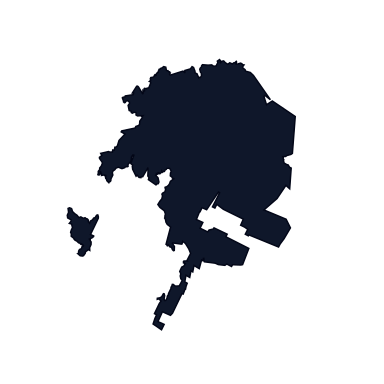 the district of San Juan Guichicovi, Oaxaca, Mexico, rotated 206°
{"feature_id": "50627088B47369730342586", "entity_name": "San Juan Guichicovi", "entity_type": "district", "adm_level": 2, "iso_a3": "MEX", "parent_name": "Mexico", "parent_adm1": "Oaxaca", "projection": "robinson", "projection_center": [-95.052, 17.105], "detail": "fine", "context": "isolated", "style": "filled", "palette": "ink", "viewbox_px": 384, "rotation_deg": 206, "n_neighbors": 0, "source": "geoboundaries", "source_scale": "gbopen_adm2", "svg_char_len": 6104}
<svg xmlns="http://www.w3.org/2000/svg" viewBox="0 0 384 384"><g transform="rotate(206 192 192)"><path d="M162.0,309.3L187.9,323.7L192.0,325.0L196.9,324.1L197.9,325.2L200.7,325.8L201.4,326.7L201.0,329.0L202.3,328.6L203.5,329.2L204.9,329.1L207.8,326.4L208.6,326.3L208.9,328.4L209.5,328.8L210.2,326.9L211.2,326.3L211.8,324.8L214.7,324.7L215.8,322.5L218.7,322.8L221.0,323.7L222.5,322.6L222.9,320.7L223.3,320.7L224.1,322.5L225.3,323.1L226.6,320.7L225.5,319.8L225.6,315.9L227.6,314.5L230.0,314.9L233.1,313.1L238.4,311.0L238.7,309.6L238.3,308.4L238.9,306.9L238.8,305.7L237.0,303.5L235.7,302.9L234.4,300.6L234.7,298.5L235.7,298.3L236.0,297.6L239.4,300.5L241.3,300.3L242.4,302.0L245.2,304.6L246.9,304.7L247.4,302.0L251.7,298.1L251.4,297.1L250.2,296.0L253.1,296.7L262.8,287.5L263.9,288.1L263.7,289.5L264.4,289.6L264.8,290.2L265.8,289.9L266.8,290.5L267.4,290.1L268.5,290.3L270.3,292.7L272.4,292.3L273.4,290.3L274.6,289.1L274.7,288.2L275.4,287.7L275.0,286.5L275.3,285.7L274.8,284.7L275.5,284.0L275.9,282.1L275.5,281.4L276.7,281.2L276.9,280.2L276.4,280.0L277.1,278.3L279.2,276.8L279.1,275.4L278.1,274.4L278.7,272.7L277.7,272.9L276.9,271.9L276.6,268.1L276.6,266.3L277.9,265.7L278.1,264.9L280.2,264.3L280.3,263.8L280.2,263.1L278.9,262.2L279.5,261.0L280.4,261.4L279.1,259.1L279.4,258.7L279.9,258.9L286.2,263.0L287.3,263.3L288.1,262.8L289.0,254.8L287.8,255.3L287.5,253.7L294.1,249.1L294.0,247.9L295.5,247.0L295.9,246.1L293.3,243.6L293.1,243.0L291.9,242.6L291.3,243.1L291.1,244.7L290.3,245.8L287.7,245.5L286.9,243.9L287.4,241.9L284.2,237.7L281.8,237.9L281.4,236.8L280.2,236.7L278.9,238.3L277.3,238.8L276.9,238.7L276.1,236.7L274.4,236.5L269.8,239.0L270.3,237.9L269.5,237.8L269.4,236.4L270.0,232.8L268.8,229.8L269.2,228.3L271.2,226.3L271.2,224.5L281.9,216.2L282.0,215.0L277.6,214.7L280.2,206.4L279.3,200.8L279.9,199.0L280.8,198.6L281.1,199.1L280.2,195.6L281.7,195.0L281.0,193.1L283.4,191.8L284.7,191.8L291.0,186.7L289.0,185.3L290.4,182.6L289.8,181.6L285.9,179.5L285.1,178.4L284.9,175.4L285.5,173.1L284.8,171.7L285.3,169.5L284.4,167.7L284.3,166.5L283.9,166.2L282.9,166.6L282.5,168.0L282.8,169.0L283.7,170.0L283.2,170.3L281.7,169.3L280.6,167.2L278.4,168.9L277.8,168.4L276.9,169.2L276.5,168.9L276.3,167.5L275.5,166.4L274.7,166.2L273.4,164.8L270.8,163.9L270.8,165.0L270.1,165.5L269.9,166.5L270.6,168.3L270.6,172.6L272.1,174.4L272.2,176.4L271.2,178.0L270.8,180.1L269.1,182.0L265.2,182.3L263.1,184.4L263.0,185.4L260.9,186.6L260.7,187.1L261.5,188.3L261.5,189.2L260.5,192.3L261.0,195.6L261.4,195.7L261.8,197.1L261.4,199.4L260.4,199.6L259.4,190.7L257.2,190.3L256.9,188.9L255.3,186.4L249.2,181.7L248.8,183.1L246.0,181.9L244.2,182.5L244.4,183.4L243.0,184.1L242.2,194.9L238.7,187.0L236.9,186.0L236.6,184.0L227.5,182.6L227.2,183.7L226.0,184.7L226.1,186.5L228.8,189.9L232.0,191.1L231.5,192.1L232.0,192.9L230.9,193.0L231.3,194.1L230.5,194.8L230.2,194.8L230.1,194.1L229.7,193.9L228.8,194.4L228.6,195.4L228.0,196.1L228.5,197.7L227.0,197.0L226.8,198.1L225.8,198.4L225.8,200.0L225.1,201.0L225.0,202.2L222.6,203.5L220.3,202.0L219.6,201.0L219.7,199.7L218.6,197.0L216.4,196.6L215.8,195.9L214.2,195.8L216.1,192.1L215.8,189.5L216.1,187.6L217.1,185.5L218.2,184.6L218.1,183.9L217.0,183.1L216.4,180.3L217.9,178.1L218.1,176.9L216.8,175.5L216.1,172.6L216.8,169.8L217.2,165.8L214.1,164.1L208.7,163.0L206.6,161.0L205.8,159.4L205.9,158.5L205.2,157.7L205.2,156.6L203.8,155.7L202.2,153.5L200.0,152.0L195.9,151.2L192.4,133.7L191.8,133.9L190.9,132.9L190.4,132.9L189.8,134.2L188.1,133.0L186.1,133.2L184.3,131.6L182.9,131.1L182.3,131.7L183.9,135.3L187.2,137.3L187.2,137.7L178.7,140.5L178.2,140.9L178.8,143.6L175.4,142.9L170.0,139.5L166.3,136.2L166.5,128.0L166.2,127.9L169.0,126.4L169.2,125.8L168.6,124.6L167.9,124.9L167.5,124.5L166.6,124.6L166.9,121.8L168.3,120.0L168.2,115.2L166.6,114.0L166.0,112.8L165.8,111.4L164.0,109.1L162.0,108.3L162.3,102.0L165.7,100.1L168.5,100.7L169.2,100.3L168.9,98.7L169.1,97.1L168.6,96.8L168.6,90.6L168.2,89.2L168.5,87.7L167.9,85.5L168.1,83.1L168.7,82.5L169.5,82.7L170.3,83.9L171.1,86.8L172.4,88.3L173.1,88.1L173.3,84.5L174.5,82.8L176.6,81.3L176.2,80.3L175.0,81.4L172.0,80.5L172.5,77.6L172.4,66.2L170.0,66.1L169.9,62.2L169.1,56.3L159.0,54.8L159.0,60.8L165.8,60.6L166.1,71.4L157.3,71.7L156.4,74.5L156.5,96.3L155.2,96.4L155.7,102.0L155.3,102.0L156.0,104.7L156.3,107.9L159.1,108.1L160.9,114.5L156.6,114.2L158.4,120.7L156.3,120.5L158.0,126.8L151.9,126.3L153.6,135.1L152.2,135.0L152.8,138.2L150.3,134.7L139.9,138.2L136.6,138.3L130.3,140.5L129.2,142.5L123.8,142.4L123.7,144.4L116.1,147.8L114.7,148.9L116.2,166.2L142.0,166.6L141.9,169.5L156.5,169.4L156.5,168.2L160.0,165.3L160.4,163.0L168.9,163.0L168.9,169.4L176.0,169.2L176.6,177.8L176.1,177.8L176.1,182.3L171.1,182.5L168.2,203.6L166.8,203.4L167.1,187.6L164.4,187.6L164.3,191.8L156.3,190.2L134.0,190.1L133.7,183.5L129.4,183.5L125.5,182.9L125.6,177.4L122.2,177.3L122.1,178.4L90.1,180.5L90.0,183.9L88.8,190.3L87.8,202.9L95.5,208.8L119.5,207.4L112.7,223.4L110.5,239.1L105.6,237.7L113.3,256.9L113.9,257.2L114.7,256.7L117.5,258.5L118.9,258.2L121.9,258.4L123.6,260.4L123.6,261.2L124.8,262.0L125.0,262.9L125.9,263.6L123.4,265.0L122.8,266.3L119.6,269.1L118.7,270.7L132.3,305.1L159.7,309.0L163.3,303.1L169.2,309.4L168.8,310.8L162.0,309.3ZM261.5,91.6L259.8,94.8L258.3,94.7L259.6,97.1L259.7,100.5L260.8,102.9L262.1,103.6L262.5,104.5L263.4,104.4L263.7,104.8L261.8,106.9L260.9,108.8L261.1,109.4L264.6,109.3L264.7,127.3L265.3,128.7L266.6,130.1L267.2,129.8L267.6,129.0L267.9,126.1L268.6,125.9L269.0,125.3L269.2,123.4L270.6,121.3L270.4,119.0L272.0,119.7L272.9,121.3L274.2,121.9L275.7,121.7L276.8,122.0L278.3,120.7L281.0,120.9L282.5,119.4L285.1,120.7L287.8,121.1L290.9,122.1L292.7,124.1L293.5,124.3L295.2,124.1L296.2,122.9L294.0,119.6L293.9,116.4L292.4,114.2L288.3,114.0L287.9,112.7L288.5,110.0L286.2,110.4L283.8,107.6L283.8,104.9L283.4,102.5L282.1,101.5L281.2,99.3L278.0,98.6L277.3,97.9L275.9,97.4L274.0,97.4L271.6,96.6L270.4,96.9L268.9,96.2L268.5,96.3L268.6,96.9L267.3,96.8L267.4,97.3L267.0,96.5L266.0,96.2L266.0,95.4L266.9,95.0L266.5,92.6L267.9,91.0L268.0,89.3L267.1,86.8L267.5,86.5L264.6,85.7L262.4,86.4L261.6,87.2L261.1,90.0L261.5,91.6Z" fill="#0f172a" stroke="#020617" stroke-width="1.5"/></g></svg>